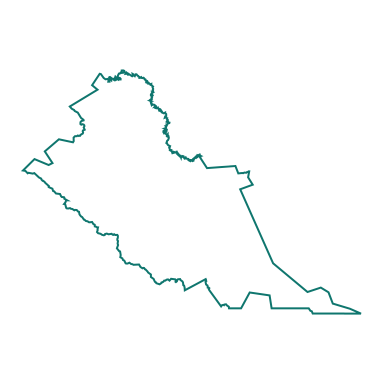 the district of Usino Bundi District, Madang, Papua New Guinea
{"feature_id": "67681753B48669646267730", "entity_name": "Usino Bundi District", "entity_type": "district", "adm_level": 2, "iso_a3": "PNG", "parent_name": "Papua New Guinea", "parent_adm1": "Madang", "projection": "mercator", "projection_center": [145.078, -5.469], "detail": "fine", "context": "isolated", "style": "outline", "palette": "teal", "viewbox_px": 384, "rotation_deg": 0, "n_neighbors": 0, "source": "geoboundaries", "source_scale": "gbopen_adm2", "svg_char_len": 5912}
<svg xmlns="http://www.w3.org/2000/svg" viewBox="0 0 384 384"><path d="M208.8,289.1L209.3,290.2L221.1,306.4L222.0,305.2L223.8,304.8L224.1,305.1L224.6,304.5L226.0,304.3L227.0,305.5L228.8,306.7L229.0,308.3L241.1,308.3L249.7,292.5L269.6,295.4L271.6,308.3L308.7,308.3L310.4,310.8L311.8,311.3L312.7,313.5L361.0,313.6L349.8,308.7L332.8,303.6L328.5,292.3L320.8,287.6L307.5,292.0L273.1,263.3L240.2,189.3L252.7,184.7L248.1,177.3L249.2,171.4L248.8,171.4L248.8,172.0L247.0,172.1L246.4,172.7L244.3,172.6L243.1,173.2L242.3,173.0L238.3,173.4L235.4,166.0L207.0,168.1L199.9,157.2L200.4,156.9L200.3,156.2L200.9,156.0L200.1,155.6L199.7,154.5L199.1,154.8L199.5,156.1L197.3,155.1L197.0,155.7L197.7,156.3L197.5,157.0L197.0,157.3L196.8,156.9L196.4,157.4L196.1,156.7L195.3,157.4L194.9,158.6L194.8,158.0L194.5,158.5L194.1,158.2L193.0,159.1L193.0,160.0L193.5,160.2L193.5,160.7L192.5,161.1L191.6,160.2L191.1,160.4L190.9,160.0L190.4,160.0L190.9,160.7L190.4,161.2L188.4,160.1L188.3,158.9L185.5,158.5L185.9,157.8L185.7,157.4L184.5,158.4L183.8,156.9L183.5,157.3L182.8,156.6L182.7,156.1L182.3,156.0L182.0,156.8L181.1,156.8L181.0,157.4L180.3,155.6L180.0,155.5L179.6,156.2L177.9,154.6L178.8,154.5L178.0,153.5L177.6,154.0L176.9,152.7L176.8,151.7L176.6,151.7L176.4,152.7L174.2,152.0L174.5,152.6L172.4,153.2L171.9,151.6L172.1,150.5L171.6,151.2L170.2,150.4L170.8,149.9L169.9,149.6L169.6,148.8L169.2,147.6L169.8,147.0L169.6,146.7L170.0,146.1L168.1,145.1L167.3,144.1L167.1,143.3L166.4,143.0L167.2,140.7L168.0,140.1L168.7,138.6L168.8,137.2L167.3,136.5L168.2,135.7L167.7,135.1L167.7,134.2L166.8,135.2L166.4,134.3L165.5,133.7L165.9,131.7L164.3,132.4L163.9,133.0L163.4,132.2L163.4,131.1L164.1,130.5L164.3,132.1L165.2,130.7L165.9,130.5L166.0,131.6L166.4,131.6L166.8,129.6L165.5,129.1L165.6,128.4L164.9,128.3L166.0,127.8L166.1,126.7L165.6,126.1L166.5,125.9L166.5,124.5L167.2,124.7L167.9,123.3L169.3,123.1L169.4,122.7L168.5,122.6L168.2,121.7L167.3,122.1L166.6,121.8L167.7,119.8L166.9,119.1L167.2,118.2L166.3,117.9L165.7,117.3L164.8,117.7L165.2,116.4L166.2,116.1L166.2,114.1L165.4,113.1L164.8,113.2L164.9,112.7L163.7,113.3L162.8,112.9L161.5,111.0L161.3,111.8L160.4,110.9L160.9,110.7L160.4,110.2L159.8,110.5L159.6,109.3L160.2,109.7L159.9,109.0L158.9,108.8L158.7,109.4L157.9,107.6L157.4,108.1L156.6,107.9L156.2,108.3L155.5,108.0L156.1,107.5L156.0,106.4L154.8,106.7L155.3,106.1L154.9,105.2L153.8,104.6L152.4,104.9L152.0,104.1L151.6,104.8L150.8,102.5L150.2,102.6L151.1,101.9L150.6,101.2L151.0,101.1L150.0,100.7L150.8,100.5L151.5,99.6L150.8,99.4L151.8,98.7L151.6,98.3L152.0,97.4L151.6,97.3L151.5,96.5L152.7,95.3L152.3,94.8L150.9,95.0L150.9,94.5L152.1,92.6L152.5,92.8L153.3,92.3L152.2,91.3L153.1,91.0L152.8,89.6L153.2,89.0L152.5,87.1L153.0,86.5L151.3,85.0L151.3,84.1L150.4,84.7L150.0,83.9L148.2,83.6L148.5,82.7L147.3,82.3L146.4,82.6L146.2,82.3L147.5,81.7L147.2,81.0L145.9,80.5L145.4,79.4L144.7,79.5L143.8,77.9L143.3,77.7L142.4,78.1L141.5,77.9L141.2,77.2L140.3,77.8L139.4,77.9L139.4,76.9L138.4,76.5L138.2,75.9L137.5,75.6L136.5,74.3L135.6,74.3L134.8,76.1L134.2,75.5L133.2,75.2L133.3,74.3L132.6,73.9L132.9,75.4L132.6,76.1L132.2,76.3L128.3,73.7L128.1,74.7L127.8,74.7L127.1,73.6L125.9,73.8L126.6,72.8L126.3,72.3L125.0,72.5L124.1,71.7L124.2,70.8L123.2,70.4L121.7,70.5L121.6,71.9L122.6,72.8L121.0,73.0L120.5,72.7L119.8,73.6L118.9,73.6L117.9,75.5L117.7,77.5L119.9,78.0L120.7,79.0L120.6,79.3L119.6,78.6L118.7,79.9L116.3,78.7L116.0,78.9L115.8,80.1L114.8,80.4L114.1,80.1L113.9,79.6L115.7,77.6L115.8,77.0L115.4,76.6L115.0,77.8L113.8,79.1L112.1,78.6L110.0,77.0L109.4,77.1L109.2,77.5L109.5,77.9L110.9,78.1L111.6,79.3L111.4,80.4L110.6,79.7L109.7,79.5L109.4,79.7L109.5,81.7L108.3,81.7L108.6,80.5L107.7,78.9L105.5,79.3L103.7,78.0L100.9,74.1L99.7,73.8L92.1,85.2L97.5,89.7L69.8,106.5L71.7,108.7L74.1,110.0L74.7,111.0L77.8,112.6L81.0,117.9L83.5,119.8L83.6,120.4L81.5,121.0L80.5,122.1L80.4,123.4L80.5,124.2L81.3,124.7L82.4,124.2L83.7,124.6L84.3,125.3L84.4,126.2L83.7,127.5L84.7,129.7L82.9,130.5L82.7,131.3L83.1,132.5L82.8,133.5L80.9,134.6L80.0,135.8L79.5,135.6L78.8,136.0L77.8,135.5L76.8,136.2L75.0,136.2L73.6,137.6L73.7,141.1L73.0,142.3L58.9,139.3L44.8,151.4L52.5,163.1L48.6,165.0L34.5,159.1L23.0,170.5L25.4,170.9L27.7,173.3L28.5,172.8L32.8,173.6L34.3,173.1L39.0,177.5L41.2,178.6L41.5,179.6L42.6,180.8L43.0,180.7L44.6,181.9L45.2,182.8L48.9,186.1L48.6,186.9L48.9,187.2L52.4,188.7L53.1,191.0L54.1,191.3L56.0,193.5L60.0,194.0L61.1,196.3L61.8,197.0L64.0,197.2L64.4,197.8L64.3,198.7L67.1,200.3L66.2,200.3L65.5,202.2L64.1,204.0L65.2,204.2L66.2,207.9L66.8,208.4L68.4,208.5L70.0,208.1L71.0,208.8L72.4,209.0L74.3,210.3L75.0,209.9L76.7,210.0L78.0,211.5L79.0,211.8L79.5,214.4L81.0,216.4L82.2,217.1L83.9,219.6L84.4,219.6L85.9,221.0L87.6,221.3L88.8,222.2L89.8,222.3L92.1,222.0L93.3,224.0L94.7,224.7L94.8,226.4L96.0,226.7L96.9,227.3L98.0,227.4L97.5,229.4L97.7,230.0L97.0,232.0L98.1,233.2L100.6,233.8L102.0,234.8L103.9,235.3L104.9,234.8L105.1,234.0L106.8,233.6L108.6,234.3L111.6,233.8L112.6,234.7L113.2,234.5L113.5,234.8L114.3,234.3L115.2,235.0L117.3,234.9L117.9,235.9L117.8,237.9L117.3,239.0L117.4,240.2L118.0,241.0L117.6,243.7L118.1,245.0L116.9,248.3L119.2,251.2L119.9,251.3L120.1,251.6L120.7,255.0L120.3,257.2L122.4,258.4L123.0,260.0L124.3,260.6L125.6,263.3L126.0,263.5L127.7,263.5L129.4,262.7L131.1,264.0L132.4,264.2L133.5,264.8L139.0,264.5L140.5,267.0L142.5,268.3L143.4,267.9L144.1,268.0L145.0,269.3L145.6,269.5L147.6,271.6L148.1,272.5L150.9,274.5L150.9,277.0L153.6,278.9L154.9,281.8L155.9,282.3L156.3,283.2L159.6,284.3L161.5,283.0L161.5,282.5L163.3,281.8L164.2,280.6L165.4,280.6L166.5,279.7L168.0,279.4L169.5,280.6L171.1,278.8L175.4,279.4L175.8,279.9L175.5,281.8L175.9,282.1L176.9,281.3L177.0,280.3L177.9,279.3L180.1,279.1L180.5,280.0L182.4,281.4L183.0,282.5L183.3,285.2L184.1,285.6L184.6,287.5L184.8,290.3L205.7,279.1L206.0,279.8L205.9,280.8L206.2,281.1L205.5,281.8L206.1,284.5L207.5,285.5L207.7,287.5L208.5,287.5L209.3,288.2L208.8,289.1Z" fill="none" stroke="#0f766e" stroke-width="2"/></svg>